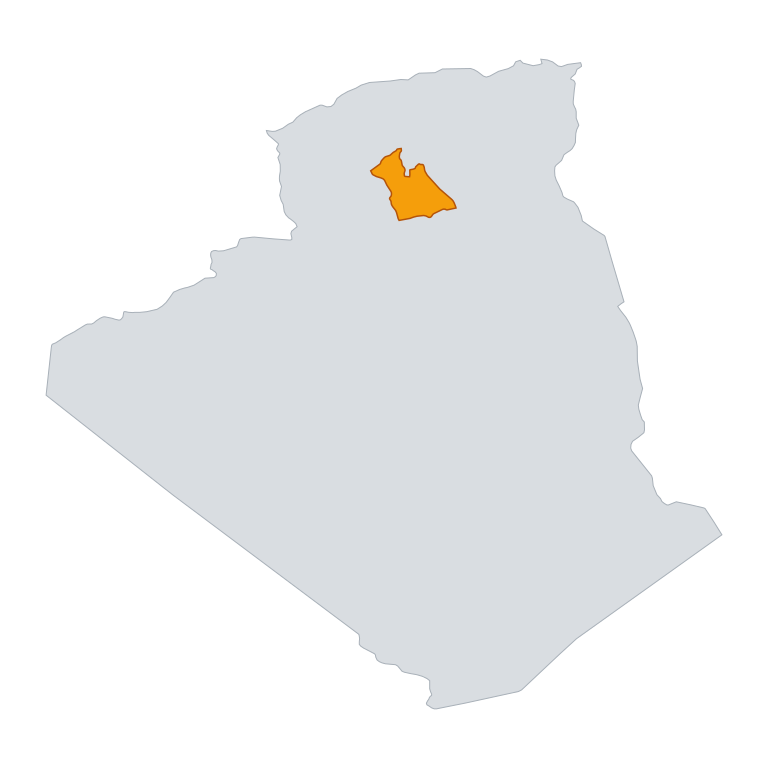 Algeria, with Laghouat highlighted
{"feature_id": "DZA-2193", "entity_name": "Laghouat", "entity_type": "Province", "adm_level": 1, "iso_a3": "DZA", "parent_name": "Algeria", "parent_adm1": "", "projection": "albers", "projection_center": [2.543, 33.694], "detail": "fine", "context": "in_parent", "style": "filled", "palette": "amber", "viewbox_px": 768, "rotation_deg": 0, "n_neighbors": 0, "source": "natural_earth", "source_scale": "10m", "svg_char_len": 5459}
<svg xmlns="http://www.w3.org/2000/svg" viewBox="0 0 768 768"><path d="M580.6,62.7L581.3,64.6L581.5,66.3L578.9,68.2L577.1,69.2L575.2,74.0L571.4,77.3L570.8,78.3L570.8,79.2L573.6,80.4L574.6,81.7L575.2,83.5L574.3,90.0L573.2,101.5L573.3,104.0L574.5,106.9L575.7,109.2L576.2,111.8L576.2,118.2L577.6,121.9L578.8,125.2L576.7,129.7L575.8,133.5L575.5,138.9L575.4,142.4L574.0,145.6L572.1,148.7L569.9,150.7L567.2,152.4L564.0,154.7L561.6,160.4L556.0,165.3L554.9,167.0L554.6,170.8L554.9,175.9L556.2,180.0L559.2,186.0L562.0,192.5L562.9,195.9L563.9,197.1L567.4,199.1L573.6,201.8L574.7,203.0L578.0,207.4L581.2,215.5L582.4,221.0L593.5,228.8L604.2,235.5L605.0,236.6L612.1,261.4L614.7,270.2L624.0,301.8L621.0,303.8L617.7,306.4L620.6,310.6L625.9,317.3L629.2,322.8L630.4,325.3L633.2,332.2L635.5,338.9L636.2,341.1L637.2,346.4L637.4,361.0L640.1,379.4L642.6,388.5L640.3,397.0L638.3,405.1L638.8,409.1L640.6,415.2L642.2,419.7L644.3,422.0L644.5,429.8L643.9,432.7L638.5,437.1L632.5,441.3L631.0,444.5L630.7,448.1L631.7,450.9L651.6,475.8L652.4,478.3L653.2,485.7L656.9,494.7L660.5,498.6L661.9,501.5L664.4,503.5L666.8,504.9L668.3,505.0L676.3,501.8L690.5,504.8L704.1,508.0L705.2,508.7L714.0,522.1L721.9,534.8L576.5,638.7L560.2,653.6L521.6,689.9L518.5,691.5L465.7,703.0L438.1,708.5L436.8,708.8L435.2,708.8L434.1,708.8L431.7,707.9L428.8,705.9L426.9,704.8L426.4,703.2L427.5,701.0L428.9,699.0L429.4,697.5L430.4,696.3L431.6,695.4L431.6,694.0L430.6,691.8L429.7,688.8L429.7,683.2L429.7,680.7L427.1,678.6L422.3,676.3L417.9,675.0L415.9,674.5L411.1,673.7L404.3,672.2L402.0,671.2L397.7,666.0L395.5,664.7L385.5,663.8L382.1,662.9L379.4,661.7L377.1,660.0L375.8,657.2L375.4,654.9L374.6,653.8L363.6,648.1L360.8,646.2L359.3,644.4L359.3,641.8L359.6,638.6L359.2,635.7L358.8,634.3L173.6,495.5L164.0,488.0L142.4,471.0L46.1,395.2L51.3,347.6L51.7,345.2L52.4,344.2L55.8,342.8L61.2,339.3L63.3,337.7L65.8,336.2L74.7,331.6L76.6,330.3L85.4,324.9L87.3,324.1L91.7,324.0L93.7,323.0L96.4,320.7L100.2,318.2L102.7,317.1L103.3,316.9L104.8,316.8L112.2,318.3L115.2,319.3L118.9,320.1L120.2,319.9L121.2,319.1L122.8,317.2L123.3,314.8L123.6,312.8L123.9,311.9L124.6,311.6L126.2,311.8L128.4,312.3L132.8,312.6L134.4,312.4L139.5,312.4L146.7,311.7L157.1,309.3L162.3,306.0L166.1,302.5L170.2,297.0L173.5,292.2L179.6,289.5L184.6,288.0L187.5,287.4L194.0,285.2L205.0,278.2L213.8,277.6L214.9,277.0L216.2,275.7L216.4,273.4L215.0,271.7L213.3,270.7L212.1,269.7L210.9,269.4L210.3,268.3L210.8,266.2L211.1,264.3L212.0,262.5L211.9,259.8L210.9,257.0L210.6,255.0L210.8,253.1L211.5,251.6L213.4,250.7L215.5,250.5L218.4,251.1L223.4,250.8L236.6,246.9L237.6,245.5L238.6,242.3L239.7,239.5L241.0,238.6L241.8,238.5L252.2,237.2L254.5,237.1L273.7,238.9L290.2,240.1L291.8,239.5L291.8,237.5L290.9,233.6L291.6,231.2L294.1,229.1L297.1,226.7L295.8,223.6L293.6,221.5L290.4,219.0L288.7,217.9L285.9,214.9L284.2,211.5L283.2,204.4L281.1,200.3L279.7,195.4L281.5,186.5L279.6,181.1L279.4,178.7L279.5,176.0L280.3,171.2L280.2,164.5L277.9,157.5L279.2,155.2L279.8,154.0L279.7,153.0L277.5,150.7L276.6,148.8L277.1,147.1L278.4,144.7L278.4,143.7L274.8,140.5L268.8,135.4L267.2,133.2L266.4,130.5L272.3,131.4L275.4,131.2L282.6,128.3L288.4,124.2L292.8,122.2L296.8,117.6L300.4,114.8L305.5,111.7L320.0,105.2L322.2,105.2L326.9,106.9L331.0,106.5L333.9,104.2L337.1,98.4L341.8,94.9L347.8,91.5L355.9,88.2L361.2,85.1L369.5,82.5L390.3,81.0L400.9,79.5L408.2,79.9L415.5,74.9L419.1,73.2L435.0,72.7L442.4,69.0L470.6,68.5L474.1,69.7L477.5,71.6L483.4,76.1L486.3,77.1L490.0,76.0L498.6,71.3L508.3,68.6L513.5,65.8L515.7,61.8L520.2,60.3L522.9,63.1L533.1,65.7L539.3,64.6L542.0,63.6L540.8,59.2L547.4,60.0L552.6,61.9L558.1,66.0L561.5,66.6L567.7,64.4L580.6,62.7Z" fill="#d9dde1" stroke="#a8b0b8" stroke-width="1"/><path d="M399.1,220.4L398.2,218.7L396.5,212.5L395.6,210.4L392.7,206.7L392.0,205.5L391.5,204.5L391.3,203.7L391.0,201.4L390.8,200.9L390.5,200.4L390.0,199.6L389.6,198.9L389.6,198.3L389.7,197.9L389.9,197.6L391.0,196.2L391.3,195.3L391.5,194.1L391.4,192.6L391.0,191.5L386.9,185.2L384.8,180.8L384.3,180.0L383.8,179.5L383.3,179.0L382.3,178.5L380.9,177.9L376.3,176.5L375.0,175.8L373.4,175.0L372.9,174.7L372.3,174.1L370.7,170.8L379.9,164.1L380.4,163.5L380.7,162.7L380.9,161.9L381.4,160.9L382.2,159.9L383.8,158.1L384.8,157.2L385.6,156.7L389.4,155.5L390.1,155.2L393.2,152.4L396.0,150.8L396.4,150.3L396.7,149.9L396.9,149.4L397.2,149.2L397.7,149.0L400.0,148.6L401.2,148.5L401.4,150.4L401.3,150.9L401.0,151.5L400.2,152.4L399.8,153.2L399.6,154.3L399.3,156.4L399.4,157.6L399.6,158.6L400.0,159.1L400.7,159.7L401.0,160.2L401.3,160.8L401.5,161.6L402.1,164.8L402.3,165.4L402.7,166.0L403.7,167.2L404.2,167.8L404.6,168.5L404.9,169.4L405.0,170.0L405.0,170.6L404.4,172.5L404.2,173.3L404.2,173.7L404.4,175.7L404.7,176.2L405.1,176.4L406.0,176.5L408.4,176.7L409.4,176.7L409.6,176.7L409.8,175.6L409.9,174.5L409.8,170.7L409.8,170.2L409.9,169.9L410.1,169.8L410.4,169.7L413.1,169.2L414.5,168.7L414.9,168.5L415.2,168.2L415.5,167.3L415.7,166.8L416.1,166.4L418.3,164.3L418.8,164.0L419.2,163.9L419.6,164.0L420.3,164.4L420.6,164.5L421.0,164.5L422.4,164.5L423.1,164.8L423.4,165.1L424.2,167.2L424.6,169.9L424.8,170.7L425.1,171.5L427.3,175.3L439.7,189.0L451.4,199.1L452.4,200.1L453.2,201.1L454.2,203.0L455.7,206.8L456.0,208.0L447.2,209.9L446.2,209.8L445.4,209.3L445.1,209.2L443.6,209.1L442.8,209.3L442.7,209.3L433.5,213.8L432.8,214.5L431.7,216.1L431.1,216.8L430.3,217.3L429.5,217.4L428.6,217.3L426.1,216.0L425.3,215.8L423.6,215.5L417.1,216.2L413.5,217.1L410.0,218.4L399.1,220.4Z" fill="#f59e0b" stroke="#b45309" stroke-width="1.5"/></svg>